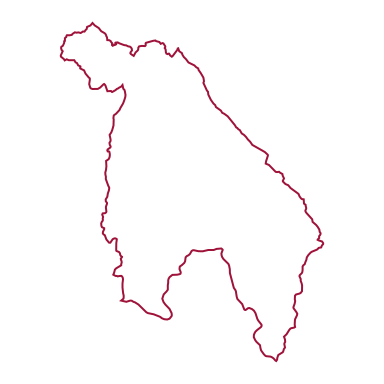 the district of Sin Ho, Lai Chau, Vietnam
{"feature_id": "81297802B88663047044628", "entity_name": "Sin Ho", "entity_type": "district", "adm_level": 2, "iso_a3": "VNM", "parent_name": "Vietnam", "parent_adm1": "Lai Chau", "projection": "natural_earth1", "projection_center": [103.292, 22.251], "detail": "fine", "context": "isolated", "style": "outline", "palette": "rose", "viewbox_px": 384, "rotation_deg": 0, "n_neighbors": 0, "source": "geoboundaries", "source_scale": "gbopen_adm2", "svg_char_len": 5909}
<svg xmlns="http://www.w3.org/2000/svg" viewBox="0 0 384 384"><path d="M203.4,82.9L204.0,81.2L203.4,77.6L200.7,73.0L198.6,70.0L198.2,68.4L196.2,67.2L194.4,65.4L188.5,62.5L186.1,59.3L183.8,57.0L182.3,54.5L182.0,53.2L179.2,51.2L178.2,48.3L177.7,48.5L177.5,49.5L177.0,50.3L172.7,56.0L171.8,56.7L170.1,55.4L169.2,53.7L168.8,53.6L167.5,54.1L166.4,53.6L165.9,52.4L165.6,49.4L164.7,48.0L165.3,47.0L165.2,46.2L163.4,43.4L162.4,43.1L160.7,43.8L159.4,42.0L156.0,41.1L155.5,40.5L153.2,40.8L146.0,42.8L145.6,43.4L145.7,45.2L145.4,45.8L144.9,46.1L141.7,45.9L139.1,46.4L138.3,47.7L138.3,49.1L137.8,50.4L135.6,52.4L133.7,55.9L131.0,54.1L130.4,53.4L130.5,52.4L132.0,50.4L131.7,48.5L130.7,47.2L129.8,46.6L128.2,46.4L126.3,45.4L124.1,45.1L119.3,43.3L117.7,42.4L115.6,42.6L115.4,42.8L115.6,43.4L116.3,43.8L116.1,44.3L115.3,44.8L114.2,44.6L114.2,45.1L112.8,45.7L112.6,45.3L112.1,45.2L111.9,42.8L111.1,42.0L110.6,41.0L109.1,40.2L107.3,40.1L107.0,37.3L106.4,36.4L106.2,35.4L105.4,33.9L104.5,33.1L101.2,31.2L98.7,28.0L94.8,25.5L92.5,23.0L90.4,25.5L87.1,26.9L86.7,29.0L85.7,29.9L84.5,31.6L83.0,31.5L80.7,33.0L78.4,32.4L76.4,32.7L74.9,32.3L72.5,33.9L71.8,34.9L69.5,35.3L67.0,35.2L66.5,35.9L66.2,37.1L65.2,37.8L64.9,38.3L64.9,40.9L64.2,41.2L64.2,42.8L63.0,45.5L62.5,46.1L61.5,46.6L61.2,47.1L61.1,48.2L61.6,50.0L62.7,51.2L60.8,55.4L60.9,56.6L63.9,59.1L64.7,60.4L66.7,59.3L68.8,60.2L74.3,60.2L75.5,62.3L77.0,63.1L78.2,65.4L80.3,66.3L80.5,66.9L80.1,68.0L80.3,68.5L84.1,70.4L85.5,73.6L88.5,77.2L89.8,78.4L89.8,80.0L89.2,84.1L90.3,87.8L90.9,88.4L92.5,89.0L97.8,88.9L100.1,87.6L103.5,84.3L104.1,84.0L104.8,84.6L105.5,85.7L107.4,91.2L111.0,91.0L111.8,91.9L112.2,92.0L115.4,90.2L116.9,88.9L117.8,88.6L119.2,87.6L121.1,86.7L122.5,85.0L123.3,88.8L124.4,89.8L124.9,91.4L125.5,94.9L125.3,96.9L124.3,100.2L123.1,103.4L120.4,108.0L119.5,110.0L116.0,113.8L114.1,115.1L113.7,115.7L113.4,118.3L113.7,119.3L113.5,125.5L112.3,129.8L111.3,132.4L109.6,134.9L110.5,139.1L110.6,140.4L110.4,141.4L109.5,142.7L109.5,143.2L109.8,144.9L110.6,146.3L110.6,146.9L110.3,147.5L107.6,149.5L107.3,150.4L107.7,151.4L108.8,151.4L109.4,151.9L109.8,154.0L109.8,155.6L109.5,157.4L108.6,159.2L106.1,160.9L106.4,166.3L106.0,169.9L105.3,172.5L105.4,174.5L105.9,176.8L105.8,179.0L108.2,185.6L109.2,187.6L109.2,188.6L108.8,190.7L107.8,193.6L107.3,196.8L105.7,199.4L105.8,201.2L107.0,202.9L107.0,203.7L106.0,206.5L105.9,207.7L106.4,211.5L106.1,212.4L105.0,213.2L102.7,213.4L102.2,214.7L103.1,216.9L102.7,218.6L102.9,220.0L102.6,220.9L101.8,221.8L101.2,223.4L101.4,225.9L102.0,227.2L104.2,228.2L104.2,229.2L103.0,231.7L102.8,233.2L103.4,234.3L104.8,235.2L106.4,239.5L109.1,242.7L110.3,242.7L112.7,239.2L114.3,238.4L115.4,238.4L116.6,238.9L116.8,239.5L116.3,243.0L116.2,250.2L116.5,251.0L119.0,252.0L119.9,253.2L120.3,255.1L121.1,256.2L122.0,256.8L121.9,257.3L120.8,258.6L121.0,259.9L121.5,261.0L121.7,262.4L121.2,264.3L121.2,265.3L116.2,268.3L114.9,269.6L114.2,272.5L113.3,274.7L115.5,275.9L117.0,276.0L117.7,276.4L119.4,276.0L121.4,275.9L122.2,276.6L122.8,277.9L123.0,279.3L122.5,283.7L122.5,287.5L123.1,293.0L123.7,295.7L123.6,298.0L123.4,298.7L121.2,300.6L126.3,301.8L130.2,300.6L131.7,300.7L133.4,301.8L134.9,302.3L138.4,304.5L146.4,312.3L147.9,313.1L153.7,314.3L159.6,316.6L160.7,317.2L161.6,318.1L164.2,319.2L167.2,319.5L169.5,318.7L171.6,316.1L171.8,315.1L171.6,313.1L169.5,308.9L165.3,304.5L163.5,302.0L162.3,298.7L163.7,294.4L166.5,291.5L167.8,289.7L167.8,285.2L168.2,282.8L168.2,280.3L168.7,278.5L169.7,277.0L172.4,274.9L177.2,274.7L179.5,274.2L180.4,273.8L180.7,273.0L180.7,272.1L179.5,269.1L179.7,266.9L179.9,266.5L182.0,265.0L184.2,263.0L185.1,261.3L185.6,257.4L186.6,256.2L188.6,255.2L190.0,253.9L191.6,251.0L192.8,250.3L193.8,250.2L198.4,251.2L202.7,251.3L208.2,250.0L213.7,250.0L216.6,248.9L221.3,248.5L222.3,249.3L222.7,249.9L221.4,253.4L221.6,255.4L222.2,257.1L223.4,259.0L228.4,263.9L229.1,265.6L229.8,269.2L229.9,273.0L233.8,287.8L235.5,290.3L235.9,291.4L236.7,296.7L237.4,299.0L242.2,304.1L244.2,309.3L244.6,309.8L245.6,310.0L248.1,308.2L249.3,308.0L252.0,309.1L253.9,310.6L255.5,313.2L257.3,318.8L258.2,320.5L261.5,324.7L261.6,325.9L261.0,327.0L257.2,330.0L255.5,331.6L254.6,333.1L253.9,334.9L253.8,337.2L255.3,340.3L256.6,342.0L260.0,345.2L260.5,348.3L261.1,350.4L263.8,354.2L265.5,355.9L266.4,356.2L270.4,356.6L271.5,357.0L273.5,358.3L275.4,360.5L276.2,361.0L277.1,359.7L277.3,357.8L278.3,355.0L282.8,352.2L283.4,350.9L283.8,349.2L285.0,347.5L284.3,344.0L284.5,343.1L285.2,341.9L285.0,339.5L284.0,336.7L286.6,334.2L289.2,330.0L290.3,328.7L291.2,328.2L294.1,327.6L295.1,327.0L294.7,324.9L294.9,320.5L295.1,319.2L296.9,315.5L297.3,313.8L296.4,312.1L293.6,308.3L293.4,307.2L294.6,303.9L295.2,301.0L294.8,299.3L295.0,295.7L296.0,294.5L299.4,293.6L300.6,293.0L302.0,291.2L302.1,285.5L301.6,283.2L300.7,280.9L300.7,279.0L299.5,276.4L299.5,275.8L299.8,275.1L301.8,273.1L302.3,272.1L302.6,270.1L302.6,266.5L303.4,265.2L304.7,264.2L305.3,262.3L306.4,259.7L306.8,257.4L308.3,255.1L310.6,252.6L311.7,251.8L316.3,249.9L317.3,249.4L318.7,247.9L321.2,247.4L321.9,245.5L323.1,244.2L323.2,243.2L322.1,241.5L318.7,240.4L317.6,239.8L317.8,239.4L319.2,238.0L319.1,236.2L320.0,235.1L320.6,233.9L320.5,233.0L319.7,231.9L319.3,229.5L317.7,226.9L316.1,224.9L312.6,221.9L312.2,219.3L306.4,212.9L305.5,211.5L305.4,210.4L306.2,208.7L306.1,207.3L305.7,206.2L305.6,204.8L304.0,203.6L303.7,199.3L302.0,199.1L301.1,198.5L299.6,196.5L298.5,193.9L290.6,188.1L288.2,185.2L285.5,184.1L282.9,181.5L282.8,180.9L284.0,178.4L282.7,175.7L282.4,174.0L280.2,172.8L279.1,171.8L277.0,172.1L275.6,171.8L269.0,165.0L265.7,163.6L266.1,161.2L267.9,155.6L267.8,154.8L264.8,152.0L252.3,144.9L250.2,141.8L247.8,139.4L245.9,136.8L244.0,134.9L241.7,133.4L239.9,130.2L238.3,129.2L237.3,128.0L236.2,127.4L234.9,125.2L227.7,116.3L224.1,113.7L222.2,112.8L220.9,110.6L215.9,107.0L215.2,105.1L213.5,103.6L210.9,99.9L208.3,94.6L208.0,91.8L206.9,90.5L203.4,82.9Z" fill="none" stroke="#9f1239" stroke-width="2"/></svg>